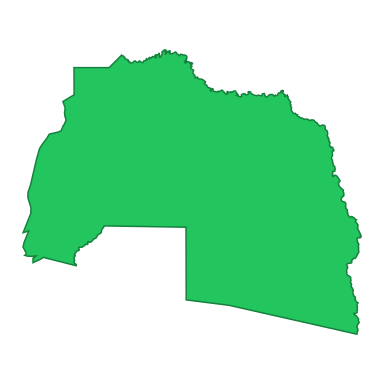 Lavalle, Mendoza, Argentina
{"feature_id": "61730980B15586340414503", "entity_name": "Lavalle", "entity_type": "district", "adm_level": 2, "iso_a3": "ARG", "parent_name": "Argentina", "parent_adm1": "Mendoza", "projection": "natural_earth1", "projection_center": [-67.695, -32.596], "detail": "fine", "context": "isolated", "style": "filled", "palette": "green", "viewbox_px": 384, "rotation_deg": 0, "n_neighbors": 0, "source": "geoboundaries", "source_scale": "gbopen_adm2", "svg_char_len": 5843}
<svg xmlns="http://www.w3.org/2000/svg" viewBox="0 0 384 384"><path d="M229.0,305.3L356.9,334.2L357.2,332.1L357.9,330.7L357.7,328.5L356.9,327.1L357.3,326.0L357.1,325.2L359.2,322.6L358.4,320.8L358.6,319.2L358.2,318.5L356.4,315.9L354.9,315.1L354.5,314.1L353.9,313.9L354.0,313.3L355.6,313.5L357.2,312.3L357.0,311.2L357.4,309.9L357.1,307.8L357.5,306.6L357.0,306.1L357.0,305.3L357.3,304.0L358.1,302.8L356.3,301.8L355.4,300.5L355.6,299.5L355.0,298.8L355.4,297.2L354.2,296.3L353.2,294.4L352.7,291.6L353.2,291.0L353.2,289.9L352.4,288.2L351.3,287.0L351.5,284.1L350.4,281.9L351.0,280.5L350.6,278.4L350.8,277.7L350.4,276.9L347.6,275.2L346.7,273.9L346.8,271.9L346.5,270.7L347.0,268.7L347.5,268.3L347.6,267.1L347.5,266.4L346.5,265.0L346.8,264.3L347.6,263.6L351.5,262.9L351.9,261.8L351.5,260.6L351.9,260.0L352.7,259.7L353.4,258.4L355.0,258.4L355.9,257.5L357.1,255.4L357.2,254.6L358.6,252.9L358.9,250.8L358.5,250.3L358.4,249.1L358.8,248.0L358.2,246.7L358.6,245.8L358.5,244.7L358.8,244.5L358.2,242.9L357.5,242.2L357.5,240.5L356.8,239.4L357.8,237.8L359.6,237.9L360.9,237.4L361.0,236.2L360.2,236.1L360.8,235.1L357.4,227.9L357.9,227.1L357.6,226.2L358.1,225.1L355.4,221.4L355.9,220.1L356.4,219.8L355.3,219.3L354.5,218.1L353.2,217.7L352.6,216.9L351.7,216.5L350.8,217.4L348.3,215.6L347.9,214.6L347.6,212.1L347.2,211.8L347.3,209.7L345.9,208.6L345.9,207.5L345.5,206.7L345.9,205.2L345.6,202.9L344.7,202.1L342.3,201.5L341.2,200.0L341.1,198.6L342.1,197.6L342.1,197.0L342.5,196.4L343.5,196.3L343.8,195.8L343.6,194.9L344.0,194.3L343.5,192.3L343.0,191.6L343.4,190.4L343.2,189.9L340.2,187.4L338.7,185.2L338.6,182.5L339.9,181.5L340.0,180.5L338.7,179.1L338.6,178.4L337.3,176.5L335.9,175.4L334.8,175.2L333.8,175.8L333.2,176.6L332.3,175.8L332.8,173.8L332.6,173.2L332.8,171.6L333.0,171.3L334.7,171.3L335.2,169.2L334.6,166.2L333.5,165.6L333.0,164.8L333.2,163.3L332.6,162.6L332.5,160.1L331.9,159.5L331.3,158.0L332.5,155.5L332.2,151.4L333.7,150.9L333.9,150.2L333.6,149.4L333.0,148.9L332.7,147.5L331.5,147.1L330.9,147.4L330.3,146.3L329.4,145.5L330.1,142.6L328.9,141.4L329.1,140.5L328.8,140.1L328.9,138.9L328.6,138.2L327.7,138.1L328.0,137.1L327.1,135.9L327.7,134.4L327.4,131.1L325.7,129.9L325.2,129.0L325.2,126.9L324.7,125.5L322.4,125.0L320.3,126.0L319.4,125.8L317.5,123.9L317.2,123.0L315.3,121.9L313.5,120.0L311.3,119.9L310.3,120.6L307.1,119.1L304.2,119.2L302.8,118.4L299.9,117.5L299.4,116.9L298.2,116.7L297.2,115.6L297.6,114.8L295.9,114.2L295.3,113.3L293.9,113.8L291.7,111.1L291.3,109.9L291.5,107.2L290.7,106.7L290.5,106.0L291.0,104.9L290.0,103.9L290.7,102.5L290.5,101.6L289.2,100.5L288.9,99.3L287.8,98.1L288.2,96.9L287.6,96.3L287.3,95.1L285.4,96.4L284.8,96.4L285.0,94.7L283.9,94.3L283.3,93.2L282.2,92.5L282.6,91.7L283.3,91.4L283.2,90.6L282.7,90.4L281.4,90.7L280.6,91.7L280.4,92.7L278.4,93.0L277.5,95.2L277.1,95.5L276.2,95.6L275.3,95.2L274.2,96.2L273.4,95.2L272.2,94.4L269.8,94.6L266.4,97.1L265.6,96.8L265.2,95.8L264.7,95.5L264.6,93.9L264.2,93.5L262.3,93.9L262.0,95.2L261.3,95.9L258.5,95.1L257.1,95.7L254.5,95.3L251.6,93.8L250.9,93.3L250.8,92.3L250.1,91.8L248.3,91.7L248.2,92.3L248.8,93.1L248.6,93.7L246.8,94.8L245.9,94.9L244.9,94.1L244.8,93.6L244.3,93.6L242.0,94.2L241.4,94.8L241.5,96.6L240.9,97.0L237.0,95.6L238.1,95.3L238.1,94.8L237.1,94.4L236.9,94.0L237.2,93.5L236.2,92.8L235.7,91.2L235.2,91.0L233.8,91.0L231.7,92.5L230.9,91.7L229.7,92.4L228.2,92.1L227.8,91.5L226.9,92.0L227.3,92.9L227.8,93.1L227.6,94.1L226.7,94.2L225.5,93.9L224.5,92.3L223.3,91.9L222.7,90.4L221.7,90.1L219.1,91.8L217.9,91.2L217.0,92.2L215.2,91.5L214.0,91.6L213.2,90.6L213.0,88.9L212.2,88.6L211.4,89.6L211.3,90.9L210.7,90.9L210.4,90.6L210.8,88.7L209.6,87.8L208.0,87.6L206.6,85.1L204.3,83.8L205.5,82.1L205.4,81.7L202.3,79.3L198.8,78.9L198.0,78.2L197.6,77.1L196.2,77.4L195.7,77.9L195.0,77.5L194.9,75.6L193.8,74.5L192.6,72.1L193.3,71.1L193.6,70.2L191.6,68.9L190.6,67.7L191.9,66.3L190.7,65.8L190.8,65.2L191.7,64.1L192.5,63.9L192.5,63.3L191.2,62.6L190.3,63.6L189.8,63.4L189.6,62.2L187.1,61.4L185.7,63.1L184.6,62.2L184.6,61.6L185.8,61.5L186.3,60.8L186.3,60.3L185.5,60.1L186.6,58.9L187.0,57.4L186.1,55.5L184.6,55.0L183.9,55.4L182.4,54.5L180.5,54.3L179.8,55.6L179.4,55.7L178.0,54.3L177.1,54.1L176.5,52.8L175.6,52.0L172.0,53.8L170.0,53.7L169.0,53.0L170.3,52.0L169.9,51.0L169.5,51.4L169.1,50.9L167.5,51.9L167.0,51.5L166.0,54.0L165.5,54.1L165.6,51.6L164.2,50.7L165.6,50.1L164.6,49.8L162.0,51.8L162.2,54.7L160.5,57.0L160.0,57.2L159.3,56.9L159.2,56.3L159.7,55.1L159.5,53.8L159.1,53.4L157.6,55.1L156.4,54.7L154.9,55.4L155.1,56.2L155.9,56.4L156.1,57.4L155.8,57.9L154.8,57.1L152.7,56.5L151.4,57.5L151.0,58.2L149.4,57.4L149.1,57.5L149.2,58.9L148.8,59.2L147.0,59.1L146.6,58.6L146.1,59.3L146.4,60.0L146.2,60.4L143.9,60.8L143.1,62.5L141.6,62.4L139.4,60.9L137.6,62.6L136.2,61.9L135.2,60.9L133.8,61.4L132.6,62.8L130.7,63.1L129.4,61.6L128.8,62.0L128.6,61.8L128.2,60.9L128.4,60.2L127.5,59.5L126.6,59.6L125.1,58.6L124.9,57.4L124.0,57.0L123.5,56.0L122.6,56.0L121.6,55.1L109.2,67.6L74.0,67.6L74.1,94.8L62.9,101.5L65.1,107.7L64.9,110.7L64.5,112.2L65.0,116.8L65.7,118.2L65.9,120.1L65.4,121.8L64.3,124.2L63.2,125.7L61.1,130.8L57.7,132.2L49.3,134.1L46.8,138.3L42.9,143.4L40.0,147.8L39.3,149.4L36.6,158.9L30.4,185.4L28.0,192.4L27.9,197.8L31.0,207.7L30.8,213.4L23.1,232.7L28.7,231.0L24.1,242.4L23.0,246.9L26.3,253.4L26.1,254.2L24.7,255.3L27.2,256.1L30.5,256.3L36.0,256.0L33.0,258.2L33.0,262.7L40.8,259.1L43.3,257.4L76.1,265.7L76.3,264.8L76.0,264.2L74.5,263.3L74.0,262.4L74.6,260.1L73.8,258.2L74.5,257.3L74.3,256.1L75.3,255.8L74.7,254.3L74.8,253.6L75.4,253.2L77.1,250.7L79.0,250.5L79.2,249.9L78.7,247.5L79.5,247.2L82.3,247.2L83.6,245.9L84.7,245.6L85.5,244.2L87.6,244.4L88.0,243.7L87.6,242.7L87.9,241.7L88.5,241.6L89.5,242.3L90.8,242.1L92.0,241.2L93.5,239.2L96.0,238.0L96.7,237.1L96.9,236.1L98.2,234.7L101.2,232.7L101.7,229.8L103.8,227.0L104.1,225.9L186.0,227.2L186.2,299.9L229.0,305.3Z" fill="#22c55e" stroke="#15803d" stroke-width="1.5"/></svg>